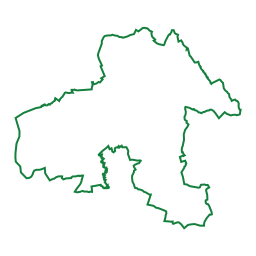 Kudan, Kaduna, Nigeria (orthographic projection)
{"feature_id": "59680162B63511927639310", "entity_name": "Kudan", "entity_type": "district", "adm_level": 2, "iso_a3": "NGA", "parent_name": "Nigeria", "parent_adm1": "Kaduna", "projection": "orthographic", "projection_center": [7.758, 11.266], "detail": "fine", "context": "isolated", "style": "outline", "palette": "green", "viewbox_px": 256, "rotation_deg": 0, "n_neighbors": 0, "source": "geoboundaries", "source_scale": "gbopen_adm2", "svg_char_len": 5886}
<svg xmlns="http://www.w3.org/2000/svg" viewBox="0 0 256 256"><path d="M20.9,172.4L26.5,178.2L28.9,178.0L31.2,176.8L32.7,174.4L33.0,173.0L34.2,170.6L36.5,169.8L39.3,169.8L42.1,169.1L44.8,167.9L45.2,173.3L49.8,180.4L52.9,178.9L54.1,178.7L56.2,177.2L58.7,176.3L62.1,176.4L61.9,178.1L63.5,179.4L66.0,178.4L71.1,178.1L71.1,177.7L72.5,176.5L75.6,176.4L78.7,175.6L79.1,176.1L81.3,175.8L81.6,175.5L83.0,175.6L81.7,179.9L81.3,182.0L80.0,184.5L76.7,188.7L74.8,191.7L77.0,192.3L79.9,191.9L82.6,190.9L83.9,191.5L87.5,191.6L88.2,192.0L89.2,192.1L90.2,191.6L92.0,191.9L92.1,190.9L91.5,186.5L100.8,184.8L101.2,186.1L102.5,186.3L103.0,187.6L103.7,187.5L104.2,188.3L105.6,187.7L105.8,188.2L107.9,188.2L108.6,187.8L108.3,187.4L108.8,187.0L108.2,186.2L108.0,186.8L107.6,186.7L107.3,186.3L107.7,185.9L107.7,185.1L106.9,185.6L107.1,184.9L105.6,183.3L105.6,182.9L104.9,182.4L105.2,182.0L105.2,180.5L105.7,179.9L105.0,179.6L104.8,180.3L104.4,180.3L103.7,178.0L104.0,177.9L104.4,178.5L104.1,177.4L104.3,177.2L104.7,177.7L105.1,177.5L104.6,176.9L104.2,177.0L103.6,176.5L103.8,175.9L104.2,176.4L104.5,175.6L103.0,174.9L102.8,174.2L103.0,173.8L103.4,173.8L104.6,174.2L104.3,173.5L105.0,173.0L105.2,171.9L105.7,172.3L105.7,171.2L106.0,171.5L105.9,171.8L106.7,171.9L106.6,170.8L107.0,170.6L106.8,169.9L107.0,169.2L106.1,169.1L106.3,167.6L104.6,167.7L103.3,166.9L103.6,166.5L103.4,165.9L104.0,165.9L103.8,164.7L104.4,164.1L104.3,163.4L104.5,163.1L104.0,163.0L103.8,163.7L103.3,163.7L103.3,162.9L102.8,163.2L102.1,162.5L102.9,162.0L102.5,161.5L102.2,161.9L101.9,161.8L101.5,162.4L101.2,162.3L101.1,161.8L101.5,161.0L102.2,161.2L102.2,160.7L102.8,159.9L102.8,158.8L103.3,159.3L103.8,158.7L102.7,158.0L102.3,158.5L102.3,158.1L101.6,157.9L101.7,157.0L100.7,156.7L100.7,156.3L101.7,156.2L101.7,155.6L101.4,156.1L101.1,155.8L101.6,155.0L100.8,155.1L101.1,154.7L100.5,154.2L100.5,154.9L99.9,154.3L99.4,154.8L99.1,154.6L98.8,154.9L98.7,154.7L102.0,151.3L106.6,147.7L108.3,146.0L109.6,149.2L111.5,148.3L112.3,151.4L112.6,151.8L113.5,151.8L113.7,152.2L115.1,151.0L114.7,149.1L115.1,148.1L116.3,147.4L117.6,147.5L117.5,147.2L118.3,146.8L118.6,146.2L119.1,146.8L119.6,146.6L119.7,147.2L120.8,146.3L121.6,146.7L121.9,146.1L122.5,147.3L126.4,147.2L128.0,150.2L128.3,151.4L127.9,153.4L128.1,154.4L130.1,160.0L131.2,159.7L133.2,159.8L137.3,160.6L140.2,160.4L140.7,160.8L139.0,163.2L137.6,163.5L135.0,164.7L133.7,165.8L133.9,166.8L135.6,169.6L134.0,170.7L133.9,172.2L132.1,175.8L132.1,178.4L132.5,181.6L134.1,184.8L134.3,186.1L135.2,188.1L137.0,188.2L138.2,189.4L139.6,189.4L142.8,190.6L143.8,191.7L145.2,192.1L149.7,194.7L150.8,194.6L147.5,204.6L153.5,205.8L156.2,207.8L158.0,208.0L164.7,210.6L166.2,211.5L166.3,213.7L165.6,215.5L165.5,217.2L164.4,221.1L171.7,221.7L172.6,221.5L172.8,223.6L173.4,223.8L177.5,222.3L178.7,222.3L181.1,224.2L184.2,228.2L188.0,224.9L192.3,224.2L194.9,224.1L200.2,225.7L204.1,225.7L204.0,224.2L204.6,221.6L206.8,218.0L209.6,214.6L210.4,214.8L211.9,214.3L211.5,211.8L209.1,205.8L208.1,204.2L206.7,204.0L205.7,202.7L205.7,200.5L205.9,200.2L207.3,199.7L207.4,198.8L207.2,194.8L206.2,191.1L206.2,189.6L207.1,188.6L209.2,187.5L209.0,187.1L207.7,184.9L206.0,185.1L204.6,184.5L201.0,184.8L199.8,187.4L198.6,187.7L190.1,186.2L189.0,185.8L187.3,184.6L184.3,184.1L182.9,176.9L181.4,172.4L184.3,167.7L184.4,166.6L185.2,166.2L185.9,164.7L185.8,163.4L186.2,163.1L185.2,160.7L181.2,161.9L179.9,156.9L183.1,155.7L183.5,156.0L184.7,155.3L183.6,154.2L182.7,152.1L182.1,152.3L181.7,150.1L182.0,147.6L182.6,146.3L184.0,139.9L183.8,134.3L185.1,129.9L187.5,126.7L188.5,124.4L186.5,122.8L186.8,121.1L185.1,120.0L184.6,118.9L184.5,116.6L185.2,115.6L185.8,113.1L185.7,110.9L185.2,109.2L185.2,107.3L185.5,106.9L189.4,107.8L192.7,109.5L193.6,109.0L194.3,109.3L194.4,110.0L196.9,110.8L198.8,112.5L199.7,112.4L201.3,113.2L203.4,112.0L204.9,111.8L206.4,110.8L209.4,110.3L209.8,109.8L211.2,109.6L213.2,110.7L215.2,112.9L218.9,118.2L224.7,112.2L226.8,113.8L230.8,115.4L233.2,114.8L236.0,114.8L236.7,115.2L238.6,114.8L239.8,114.3L240.6,109.8L239.8,109.8L239.0,108.3L238.6,106.7L238.7,103.4L238.3,102.2L237.2,100.9L236.1,100.7L235.2,99.6L233.9,99.8L231.7,100.9L231.3,99.7L229.4,96.8L229.1,94.1L227.7,93.0L227.1,91.9L225.2,90.4L223.8,88.3L223.0,82.9L221.4,81.4L220.4,80.0L219.4,79.5L212.1,83.1L211.3,83.9L210.5,83.0L210.2,81.4L207.5,78.2L207.8,77.8L207.7,77.5L207.1,77.2L207.3,77.0L206.4,76.3L206.2,75.3L205.2,74.4L205.3,73.6L204.7,73.5L203.4,71.4L203.1,71.4L203.2,70.9L201.3,69.1L200.6,67.5L200.7,66.9L200.2,66.7L200.3,66.3L199.3,65.1L198.3,61.8L196.5,62.4L194.7,62.5L190.7,56.5L189.7,55.8L188.0,48.9L186.6,49.7L186.9,47.7L184.4,45.9L183.5,45.0L182.8,43.8L182.6,42.6L181.2,40.4L178.5,41.6L177.5,36.6L178.0,34.7L175.7,33.9L174.7,33.0L173.7,30.2L171.9,30.2L171.5,31.8L169.9,34.6L169.3,34.4L168.1,35.9L165.4,41.2L164.5,44.0L163.7,45.2L158.6,44.1L156.7,43.2L153.7,40.7L155.2,39.7L154.2,38.5L152.8,37.5L151.9,36.0L151.4,33.2L152.0,31.8L149.4,30.5L148.2,29.0L146.6,28.1L145.7,28.3L144.6,27.8L142.7,28.0L138.5,31.4L136.0,29.9L134.0,34.1L130.2,35.0L127.6,36.4L123.8,37.5L122.5,37.7L122.0,37.2L119.3,37.0L117.4,35.8L114.7,35.5L112.5,34.8L110.6,35.4L107.2,35.5L104.6,36.1L103.6,37.3L101.8,41.0L101.8,43.6L98.2,53.6L97.9,55.4L98.9,58.9L102.0,65.6L100.6,66.3L104.7,76.1L101.2,78.3L102.6,79.4L100.0,82.4L98.5,82.0L96.5,83.5L93.6,84.3L93.2,83.5L93.0,82.1L92.0,82.2L92.5,84.1L92.4,85.8L91.9,87.1L91.7,89.4L77.5,90.4L74.8,89.9L74.6,89.6L72.7,90.1L72.0,89.7L71.5,90.0L72.8,92.7L71.4,92.6L69.1,93.1L65.5,92.5L64.9,92.8L62.3,97.0L61.6,97.4L60.3,98.8L59.2,101.0L55.3,98.2L54.9,99.5L55.0,100.5L52.2,102.6L51.9,103.2L49.9,104.0L49.8,104.5L49.4,104.3L48.6,104.6L48.4,104.3L47.2,105.3L46.1,105.4L45.2,105.1L44.8,104.4L44.3,104.5L42.8,105.3L43.3,105.7L42.4,106.2L41.5,106.0L41.1,107.1L35.9,108.1L23.6,112.9L15.6,118.0L19.5,131.1L19.4,136.6L16.5,143.6L15.5,153.0L15.4,157.8L15.8,161.7L20.3,166.5L20.9,172.4Z" fill="none" stroke="#15803d" stroke-width="2"/></svg>